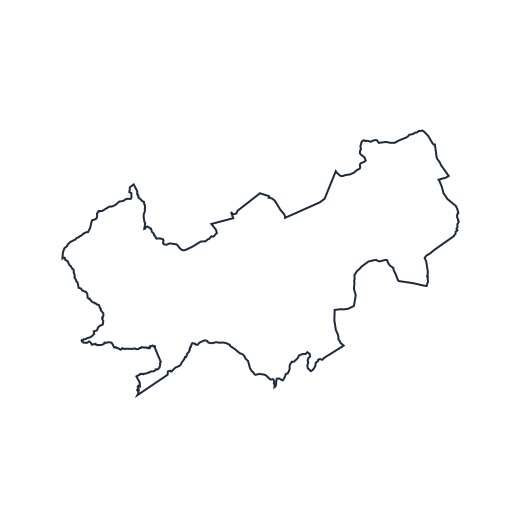 the district of Coyomeapan, Puebla, Mexico, rotated 16°
{"feature_id": "50627088B96013313047300", "entity_name": "Coyomeapan", "entity_type": "district", "adm_level": 2, "iso_a3": "MEX", "parent_name": "Mexico", "parent_adm1": "Puebla", "projection": "natural_earth1", "projection_center": [-97.01, 18.286], "detail": "fine", "context": "isolated", "style": "outline", "palette": "slate", "viewbox_px": 512, "rotation_deg": 16, "n_neighbors": 0, "source": "geoboundaries", "source_scale": "gbopen_adm2", "svg_char_len": 6108}
<svg xmlns="http://www.w3.org/2000/svg" viewBox="0 0 512 512"><g transform="rotate(16 256 256)"><path d="M310.6,376.0L310.7,374.1L309.7,368.7L309.9,368.1L312.2,367.4L315.3,368.2L316.2,368.0L317.0,364.3L317.3,361.1L318.9,360.1L319.4,357.0L319.4,354.8L318.6,352.6L318.7,350.4L319.6,347.7L320.6,347.7L321.8,346.8L324.1,343.0L324.8,339.7L327.5,337.6L330.6,336.5L331.9,334.3L334.6,335.3L335.5,337.3L335.5,338.2L334.5,339.8L334.4,340.8L334.5,342.4L335.5,343.5L335.6,347.4L336.8,349.6L340.4,351.6L341.6,350.4L342.7,348.3L343.3,345.4L342.9,342.0L344.7,339.7L344.4,338.7L344.9,337.9L345.9,337.5L348.3,337.5L349.8,334.9L365.0,318.0L360.8,316.0L360.1,314.8L358.4,313.6L356.8,309.5L353.2,305.2L349.0,296.2L346.5,286.2L351.9,283.8L354.5,283.3L358.9,281.5L363.9,277.1L362.7,266.2L359.7,261.5L359.0,259.8L358.3,255.6L357.1,252.4L357.2,251.2L355.9,247.3L357.3,242.5L359.4,239.4L360.2,237.3L365.6,230.3L370.8,227.4L372.8,226.7L374.8,227.2L376.6,227.0L381.6,224.0L383.3,223.9L384.5,225.9L387.4,228.3L391.5,229.7L391.6,230.6L392.6,232.1L395.4,235.1L399.0,240.0L400.3,240.7L414.6,238.8L425.7,238.2L428.2,237.8L428.4,237.0L428.2,235.2L428.5,233.6L427.3,230.7L426.9,228.4L426.1,228.4L426.0,225.7L425.3,223.3L421.0,214.1L418.6,211.3L419.8,208.5L422.7,205.5L425.6,201.1L440.7,182.4L440.8,181.5L441.7,179.7L441.2,177.6L442.6,175.9L441.2,174.6L441.8,172.9L440.8,170.0L441.5,167.5L441.3,166.9L440.5,166.4L440.5,165.5L438.8,163.6L438.0,161.2L438.4,160.1L438.1,159.4L438.6,158.8L436.9,155.9L434.3,152.8L424.4,148.5L418.9,143.9L415.7,138.5L411.5,133.1L410.5,132.3L417.0,128.3L419.2,125.9L408.7,117.6L407.1,115.6L402.8,112.1L397.2,99.5L396.4,99.9L394.8,99.2L388.3,93.0L383.6,90.3L381.4,89.5L380.1,90.3L378.0,90.9L376.9,92.7L374.7,93.7L373.5,95.4L369.8,97.3L369.1,99.2L368.1,100.4L361.6,105.5L358.2,108.9L353.7,110.2L349.7,110.5L342.8,113.4L340.3,111.4L338.9,111.6L336.2,113.1L334.9,114.6L331.9,114.5L330.0,114.9L329.4,115.5L327.8,115.0L326.5,116.1L326.1,117.2L326.1,120.6L326.2,122.0L327.5,124.4L327.0,126.1L327.5,128.5L328.6,129.5L333.0,131.2L335.1,133.9L334.2,135.5L331.2,138.0L330.7,139.1L330.9,140.5L331.8,142.0L331.6,143.6L329.6,145.2L327.2,148.8L324.0,151.6L319.8,153.5L317.1,155.4L315.1,155.7L310.5,153.6L309.3,152.5L306.2,182.1L302.4,187.0L273.4,211.3L272.9,209.8L271.5,208.0L267.0,205.1L258.9,197.7L256.2,196.5L253.2,196.1L252.1,196.5L251.9,194.9L242.5,194.6L225.8,217.6L225.3,220.6L222.4,222.3L219.9,220.6L223.7,225.9L204.3,237.5L210.1,241.7L211.9,244.3L212.0,245.0L210.8,246.7L210.3,248.5L209.1,249.4L207.7,249.3L206.4,252.3L205.1,253.2L203.5,255.7L198.7,257.5L192.9,264.0L188.6,267.9L186.2,269.8L184.7,270.5L182.9,270.6L179.8,269.1L178.9,268.1L176.2,266.7L169.5,267.7L167.0,269.8L164.1,270.2L162.9,268.9L163.0,267.1L162.1,265.6L158.9,265.5L155.7,266.7L155.0,266.4L153.3,264.4L152.3,264.1L151.5,262.6L149.3,261.5L147.6,258.7L146.9,258.9L146.2,258.3L143.5,257.6L142.5,258.2L141.8,260.4L141.1,260.8L140.5,255.1L139.6,254.3L137.7,250.6L136.7,247.6L136.7,243.0L136.0,240.8L135.9,239.3L135.1,238.3L134.9,237.2L133.8,236.3L133.4,234.9L131.1,234.4L129.6,233.3L126.7,232.1L126.6,230.9L125.6,230.4L125.6,229.6L124.7,229.1L124.0,226.5L118.7,220.9L116.0,224.4L115.9,225.7L116.3,226.8L116.6,229.5L118.8,229.9L120.2,234.1L119.7,235.7L115.6,236.8L113.2,239.7L109.5,241.4L106.9,245.6L103.7,248.3L102.3,248.5L101.1,249.3L95.5,255.3L92.5,256.1L92.7,256.7L92.2,257.1L91.4,259.1L92.3,261.3L92.3,263.9L91.2,265.2L88.5,266.9L88.8,274.9L87.9,279.4L86.3,279.9L84.1,281.9L82.2,284.8L81.1,285.6L80.3,287.0L78.8,288.0L77.9,289.7L73.7,293.7L71.9,296.6L71.5,298.9L69.7,301.3L69.4,305.9L70.6,311.6L71.2,310.8L72.7,310.4L73.0,311.7L74.2,312.5L76.3,312.8L79.3,316.3L80.9,316.9L83.0,319.0L84.1,319.2L84.9,320.3L85.2,322.0L86.4,323.2L87.4,325.8L87.3,326.5L89.4,328.4L90.2,329.8L91.8,330.6L94.3,335.5L96.7,335.5L98.6,337.1L102.7,337.4L104.3,339.0L105.6,342.4L106.8,343.1L107.7,342.7L108.3,343.6L109.2,343.9L110.2,344.8L112.0,345.5L112.9,345.3L114.3,346.0L114.9,345.6L116.8,346.6L118.3,346.3L119.6,347.7L120.1,348.9L121.4,349.5L121.8,351.0L125.1,353.2L125.8,355.7L125.1,357.3L125.7,357.6L125.5,359.0L127.2,360.7L127.6,364.1L125.2,366.1L124.0,367.9L123.6,371.3L120.8,373.2L122.0,375.5L120.3,378.3L119.0,379.9L116.2,381.6L115.1,383.0L113.4,383.5L112.7,384.8L111.7,384.8L111.7,385.5L112.2,386.0L113.9,386.8L116.9,386.2L117.8,385.8L118.9,384.2L119.4,384.1L121.2,385.0L122.7,386.5L124.3,385.4L125.8,385.3L125.9,384.7L128.2,385.5L128.4,385.1L131.1,384.5L132.7,383.6L134.0,382.5L134.2,380.9L135.7,380.9L137.6,379.7L140.3,379.1L141.1,379.3L142.8,380.6L144.6,382.9L145.9,382.9L146.4,382.2L148.0,382.9L148.9,382.6L151.5,383.4L152.6,382.5L152.8,381.5L155.5,381.6L156.7,380.9L162.4,379.5L164.9,378.3L166.7,378.5L168.6,377.9L169.7,376.4L170.8,376.1L170.9,375.4L171.4,375.0L174.0,374.9L175.4,374.1L177.1,374.5L177.8,373.7L178.5,374.1L178.9,373.5L179.4,373.6L179.5,372.9L179.2,371.8L179.7,371.8L181.3,370.5L182.7,371.1L183.2,370.6L183.7,370.6L183.7,371.5L184.0,371.5L184.6,372.8L193.7,384.1L193.2,385.6L193.8,386.6L194.0,389.6L193.2,391.5L192.6,392.2L190.9,392.5L190.8,393.6L189.0,395.3L186.8,395.9L185.2,397.7L184.7,397.7L182.4,399.5L180.4,400.2L180.3,400.7L178.0,400.9L178.0,401.2L177.0,401.6L176.9,402.2L174.2,404.7L179.3,409.9L179.3,410.7L180.3,413.0L179.8,412.8L179.2,414.0L178.6,413.5L178.3,414.4L179.8,415.9L180.3,417.8L179.1,417.7L179.3,417.0L178.9,416.9L178.7,417.5L180.4,419.0L180.6,420.8L180.3,422.5L203.7,394.6L203.2,391.1L205.1,389.9L206.2,390.6L206.7,390.2L209.2,385.6L212.7,382.7L213.5,381.4L214.0,378.8L215.4,375.1L215.6,372.7L216.5,372.7L216.9,370.8L216.6,369.2L218.1,366.2L218.2,364.0L217.8,363.8L217.8,362.6L217.9,361.7L218.4,361.4L218.4,358.5L218.8,357.3L221.5,357.1L221.9,357.7L224.2,357.6L225.7,354.7L229.0,351.9L230.7,351.0L232.7,351.2L233.8,352.3L236.1,352.3L237.7,352.0L241.3,349.9L244.9,349.4L248.5,348.2L251.0,348.0L255.1,348.5L256.0,349.6L261.8,351.5L266.8,353.8L270.7,354.3L272.7,355.7L274.4,357.7L277.3,359.1L281.2,365.6L284.0,368.1L285.4,368.5L287.0,370.0L288.2,370.4L291.8,368.4L296.4,367.8L298.4,368.0L303.9,370.8L306.4,369.7L308.1,371.3L308.2,373.4L309.4,374.7L309.9,377.0L310.6,376.0Z" fill="none" stroke="#1e293b" stroke-width="2"/></g></svg>